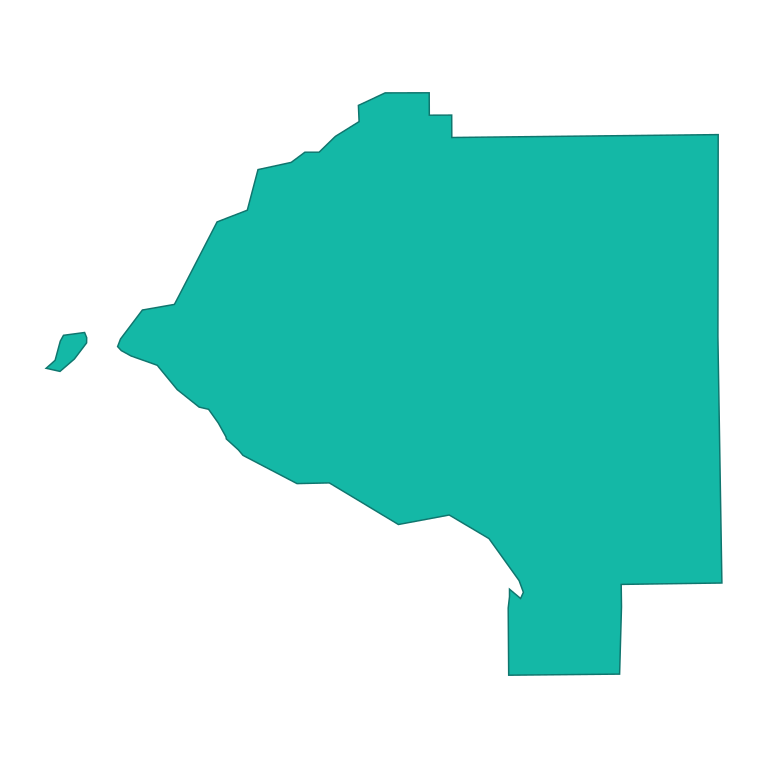 outline of Anchorage, Alaska, United States of America
{"feature_id": "52423323B58185108898", "entity_name": "Anchorage", "entity_type": "district", "adm_level": 2, "iso_a3": "USA", "parent_name": "United States of America", "parent_adm1": "Alaska", "projection": "orthographic", "projection_center": [-149.538, 61.109], "detail": "fine", "context": "isolated", "style": "filled", "palette": "teal", "viewbox_px": 768, "rotation_deg": 0, "n_neighbors": 0, "source": "geoboundaries", "source_scale": "gbopen_adm2", "svg_char_len": 925}
<svg xmlns="http://www.w3.org/2000/svg" viewBox="0 0 768 768"><path d="M718.2,134.6L710.5,134.7L451.8,137.5L451.7,115.1L429.3,115.2L429.2,92.8L385.1,92.9L358.4,105.4L359.1,121.6L335.5,136.3L334.2,137.5L319.1,152.2L304.9,152.2L291.2,162.4L258.0,169.6L247.3,210.2L229.2,217.2L217.1,221.9L188.7,276.9L178.5,296.6L174.4,304.4L142.4,310.0L120.5,339.0L117.6,346.6L121.3,350.6L131.1,356.0L141.3,359.6L157.3,365.3L159.2,367.7L177.2,389.6L199.1,407.1L208.6,409.3L209.0,409.9L218.3,423.0L226.0,436.9L226.3,438.9L238.4,449.9L243.0,455.4L297.0,483.6L329.3,482.9L398.4,524.5L449.2,515.0L489.0,538.6L519.1,580.6L523.4,592.3L520.6,598.5L509.5,589.2L509.5,596.8L508.2,608.0L508.7,675.2L619.6,674.1L621.5,606.8L621.2,584.4L721.9,583.0L719.1,410.5L717.9,336.4L718.2,134.6ZM55.1,360.3L46.1,368.3L60.0,371.4L74.4,359.0L86.6,342.9L86.7,337.7L84.6,332.5L63.5,335.3L60.3,341.1L55.1,360.3Z" fill="#14b8a6" stroke="#0f766e" stroke-width="1.5"/></svg>